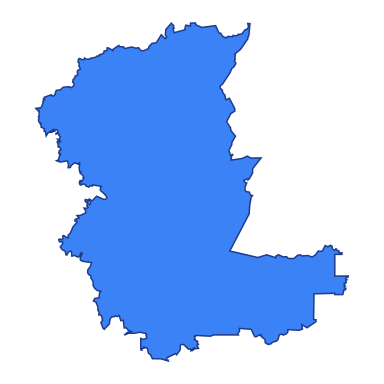 the district of Ruapehu District, Manawatu-Wanganui, New Zealand
{"feature_id": "76426892B73257627899839", "entity_name": "Ruapehu District", "entity_type": "district", "adm_level": 2, "iso_a3": "NZL", "parent_name": "New Zealand", "parent_adm1": "Manawatu-Wanganui", "projection": "natural_earth1", "projection_center": [175.226, -39.089], "detail": "fine", "context": "isolated", "style": "filled", "palette": "blue", "viewbox_px": 384, "rotation_deg": 0, "n_neighbors": 0, "source": "geoboundaries", "source_scale": "gbopen_adm2", "svg_char_len": 5788}
<svg xmlns="http://www.w3.org/2000/svg" viewBox="0 0 384 384"><path d="M56.2,90.4L54.7,95.0L53.3,96.0L51.9,96.0L51.4,94.7L44.2,97.3L43.9,98.4L44.6,99.5L43.4,99.5L43.8,100.3L42.8,101.6L43.2,102.5L41.1,107.7L35.8,108.4L37.0,109.8L39.0,110.4L38.5,111.3L39.1,111.7L39.1,115.6L38.4,116.9L39.1,118.4L38.4,119.9L38.9,121.9L40.9,123.3L40.1,123.7L41.1,125.2L41.1,127.1L44.4,128.7L44.1,131.1L45.4,131.4L46.2,135.9L48.0,132.9L50.9,131.1L51.8,131.4L50.9,132.3L52.1,132.2L52.3,130.0L53.5,129.3L53.5,131.4L54.9,131.1L55.2,129.6L57.2,129.9L58.0,132.4L56.0,133.3L56.0,134.1L57.8,133.5L59.1,134.1L58.9,135.4L60.4,136.8L59.5,139.1L57.9,139.2L59.6,140.1L60.4,141.5L57.8,140.9L57.2,141.7L57.4,142.9L58.9,143.3L57.9,145.1L58.3,147.0L60.0,147.4L61.0,150.0L59.4,150.4L58.7,153.0L59.3,153.9L60.3,153.5L60.7,154.5L59.6,155.5L58.4,159.9L56.5,160.7L58.1,161.4L58.8,160.7L60.0,162.1L67.2,160.9L68.5,164.0L68.1,167.7L70.4,167.5L71.1,165.5L74.6,162.8L77.5,163.9L79.6,162.7L79.7,163.6L78.2,164.0L79.7,165.4L79.1,167.5L79.6,171.6L80.8,171.6L80.1,173.1L82.9,175.4L83.7,177.4L83.0,177.9L83.5,179.2L82.2,180.6L80.9,180.6L81.2,181.5L79.9,180.9L79.4,182.6L80.4,183.1L79.5,183.8L80.4,185.1L83.6,184.0L85.5,184.7L85.8,185.9L88.9,187.1L90.4,185.6L92.3,186.1L92.6,184.9L101.5,186.4L100.3,188.2L100.4,190.4L104.6,194.1L107.0,197.5L106.2,198.8L104.1,199.5L96.6,196.2L92.2,200.9L89.2,199.0L88.7,199.7L90.7,203.1L89.7,204.7L88.1,203.7L87.7,200.0L85.3,199.5L85.0,201.0L87.5,203.6L86.8,205.9L88.1,207.5L87.1,208.3L84.0,208.1L85.7,211.0L85.5,213.0L80.4,215.4L77.0,215.6L79.2,218.0L75.9,219.0L74.8,220.1L74.9,221.0L76.9,221.2L77.1,222.0L73.1,226.8L70.2,233.3L68.2,235.0L68.2,237.7L67.1,237.8L63.6,235.5L62.7,236.1L63.1,237.5L62.1,239.8L59.5,239.0L58.7,239.7L59.3,241.6L62.8,242.3L62.6,244.0L60.3,246.9L62.1,249.6L65.2,251.2L66.0,254.9L67.0,254.9L68.4,252.1L70.7,251.1L71.5,251.8L71.8,256.1L74.7,255.5L77.8,257.1L79.8,255.9L80.6,253.1L81.7,252.7L82.2,253.6L80.1,258.0L80.5,260.2L82.6,261.3L91.6,262.6L90.4,266.3L87.7,270.1L87.7,272.9L88.9,274.7L90.8,275.7L91.0,278.2L93.2,281.7L93.0,285.3L94.7,288.3L97.3,290.5L100.8,291.3L99.6,292.7L99.0,297.8L94.8,298.4L93.4,300.9L96.1,302.3L98.0,307.4L97.8,310.1L99.1,312.1L98.7,314.9L100.7,315.1L101.7,316.2L102.5,320.3L100.9,322.5L102.9,327.9L104.2,329.3L109.3,324.0L110.1,318.9L111.6,316.9L114.6,316.6L115.3,315.7L117.4,316.6L119.2,315.6L120.8,320.7L123.3,320.3L124.2,328.0L126.0,327.6L128.2,330.2L131.1,331.5L127.5,332.3L124.2,335.1L128.8,333.2L134.2,333.3L139.9,332.2L145.8,333.5L146.7,334.4L146.0,335.0L146.8,338.0L143.7,339.4L140.7,338.4L140.8,349.9L142.1,350.0L141.7,348.5L144.0,348.2L143.8,347.1L144.8,347.2L147.5,348.6L148.4,353.2L150.6,354.8L152.4,358.7L160.8,358.8L168.3,361.0L167.9,360.0L167.0,360.6L166.3,360.0L167.0,357.7L175.5,353.6L176.6,354.8L179.9,350.3L180.4,348.5L180.1,346.1L181.2,344.4L183.9,344.7L188.3,349.0L191.1,349.4L190.9,350.8L192.8,350.4L192.4,349.4L193.5,349.3L193.0,348.8L194.2,347.9L195.5,348.7L198.5,348.4L196.9,345.2L198.4,344.3L197.0,342.1L197.6,341.4L194.4,339.6L195.1,339.2L194.6,337.4L195.4,336.4L194.6,336.1L195.5,335.4L210.4,336.2L213.7,334.9L238.2,334.9L237.6,334.2L239.6,331.1L239.3,328.4L251.2,329.3L254.7,336.6L256.0,336.8L259.9,334.6L260.3,335.7L261.3,335.1L261.9,337.2L265.0,339.3L265.2,342.7L268.0,344.4L270.9,343.9L272.6,342.2L276.7,341.0L278.2,339.1L279.3,334.7L281.9,334.2L283.2,335.1L286.3,333.9L287.9,331.8L287.8,329.6L299.1,330.3L302.5,329.0L301.8,324.5L307.0,327.8L315.9,321.7L316.1,319.8L313.6,319.5L314.0,293.8L334.8,293.3L334.8,294.6L342.8,294.6L344.0,289.7L345.3,289.9L345.9,288.3L344.4,287.8L344.4,286.2L345.3,285.9L344.1,284.7L344.3,283.4L345.4,283.5L346.3,282.6L345.7,280.5L346.9,279.8L346.0,279.3L346.0,277.4L346.6,276.8L347.8,277.4L348.2,276.0L334.8,276.1L334.8,254.4L341.9,254.4L342.0,252.9L339.7,252.8L338.8,252.0L339.1,251.2L336.8,250.2L336.4,249.0L335.6,248.9L334.6,250.3L333.5,250.0L332.4,248.7L332.0,246.2L330.3,245.3L327.9,246.8L325.2,245.5L322.2,251.3L318.2,251.1L315.7,254.6L312.2,257.1L307.9,255.5L302.1,256.0L300.6,254.9L297.8,255.1L293.8,258.6L288.3,258.4L286.5,256.7L283.0,256.9L278.5,254.7L275.8,256.2L275.8,257.7L266.7,254.8L257.8,257.5L229.8,251.0L249.1,214.0L249.8,204.8L251.2,197.0L252.5,195.7L250.5,194.9L249.3,192.1L246.0,191.6L245.2,190.2L244.8,187.8L246.7,183.1L244.2,181.6L243.9,180.2L248.5,178.6L248.3,179.6L249.5,178.5L252.6,173.0L252.6,168.8L261.1,157.9L250.9,158.1L247.3,156.1L242.1,158.5L231.1,160.1L231.7,155.6L232.8,154.9L232.3,154.4L230.6,155.7L228.9,150.3L231.7,144.9L232.0,142.2L235.5,136.2L230.8,130.4L230.6,127.9L226.6,121.7L230.9,113.5L234.8,111.1L234.8,108.7L229.4,98.3L225.9,99.9L224.8,94.8L223.1,93.5L222.2,89.9L220.4,88.4L220.0,86.3L222.8,83.7L230.0,72.8L231.8,68.5L233.8,66.9L235.5,64.2L235.8,62.9L234.4,61.3L235.3,59.1L234.8,58.3L235.4,55.1L234.6,54.2L240.7,49.2L247.9,38.7L247.9,37.1L248.8,35.8L250.0,23.6L247.7,23.5L248.5,26.7L247.4,29.0L245.0,29.8L242.0,33.8L239.2,34.6L238.5,34.1L237.3,35.4L235.0,35.9L233.1,35.3L232.6,36.7L228.0,36.4L225.9,37.9L222.6,36.4L220.7,33.2L219.0,33.1L215.6,25.6L201.9,27.4L195.8,24.8L195.5,23.0L190.5,23.1L190.5,25.9L185.7,25.2L184.7,29.9L174.0,32.7L173.1,29.2L174.2,28.2L173.2,27.0L173.8,25.7L171.3,23.2L165.8,29.5L165.3,35.0L166.7,37.0L165.1,38.7L161.3,34.7L156.3,42.8L152.1,43.3L149.0,46.5L148.5,48.6L143.2,50.9L140.4,50.3L138.6,47.7L135.9,48.2L131.6,47.0L125.0,48.5L124.1,48.2L123.7,46.8L119.6,46.8L118.8,45.4L112.8,49.5L112.9,50.5L108.2,47.8L107.0,48.0L107.1,50.4L103.9,51.2L104.1,52.4L102.3,54.0L99.4,54.7L99.5,55.8L96.8,56.1L96.1,57.1L90.1,58.4L89.6,59.3L86.1,59.1L84.7,58.0L84.2,59.3L82.3,59.7L79.6,58.5L78.6,58.9L78.0,62.1L79.3,63.1L78.9,66.0L80.5,69.0L77.7,70.4L77.2,71.9L77.9,74.7L75.0,76.2L75.4,77.1L73.1,79.6L72.7,82.2L73.9,83.0L73.9,85.7L71.3,87.7L69.4,86.7L63.3,87.2L60.3,89.8L56.2,90.4Z" fill="#3b82f6" stroke="#1e3a8a" stroke-width="1.5"/></svg>